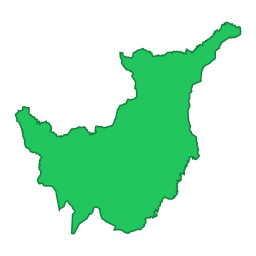 São João d'Aliança, Goiás, Brazil (Albers equal-area conic projection)
{"feature_id": "56859067B77491751884475", "entity_name": "São João d'Aliança", "entity_type": "district", "adm_level": 2, "iso_a3": "BRA", "parent_name": "Brazil", "parent_adm1": "Goiás", "projection": "albers", "projection_center": [-47.424, -14.432], "detail": "fine", "context": "isolated", "style": "filled", "palette": "green", "viewbox_px": 256, "rotation_deg": 0, "n_neighbors": 0, "source": "geoboundaries", "source_scale": "gbopen_adm2", "svg_char_len": 5802}
<svg xmlns="http://www.w3.org/2000/svg" viewBox="0 0 256 256"><path d="M114.1,230.0L118.4,229.5L121.9,230.2L123.9,231.8L126.8,233.1L128.4,233.1L131.2,231.3L133.6,231.0L136.1,229.8L138.3,229.4L140.8,229.5L141.9,227.7L144.4,226.0L144.2,224.5L145.3,223.6L145.7,222.7L145.7,220.2L145.0,219.0L146.0,218.8L146.5,217.9L149.0,217.5L149.9,218.1L150.9,216.4L151.7,216.7L152.8,217.9L153.9,217.5L153.9,215.4L155.7,216.6L156.4,216.3L157.0,215.2L155.7,213.5L154.3,212.9L154.0,212.1L155.9,210.8L155.1,210.4L155.5,209.4L156.4,210.2L156.7,211.7L157.6,212.2L158.0,210.1L158.7,209.0L158.4,208.0L158.6,207.0L160.0,205.8L160.7,203.0L160.4,202.3L162.1,201.6L162.5,199.1L164.2,197.4L165.3,196.9L165.9,197.6L168.9,199.0L172.2,199.0L173.3,198.1L173.5,197.2L174.2,197.7L174.9,196.9L174.4,196.0L175.7,195.7L176.7,194.5L177.3,193.4L176.6,192.9L176.2,191.8L177.8,191.6L177.3,190.6L177.3,188.0L176.7,187.1L177.5,186.6L176.7,183.9L177.5,183.6L177.4,182.7L178.1,181.9L178.9,181.5L177.3,180.6L179.1,180.3L180.4,180.6L181.3,179.4L180.8,178.0L181.2,176.5L180.9,175.2L180.0,175.4L180.2,173.5L181.0,173.9L182.3,173.2L182.7,173.9L183.5,173.7L184.0,174.5L184.4,173.6L183.9,170.9L185.1,168.9L184.7,167.3L185.5,167.5L185.4,166.6L186.5,166.3L187.1,165.5L186.1,164.9L187.2,163.9L187.5,162.9L188.7,162.0L187.6,161.0L189.4,160.0L189.2,157.9L190.5,157.2L191.0,156.6L192.9,156.6L193.5,157.1L192.6,157.9L192.8,158.8L193.6,158.2L194.9,159.3L195.4,158.6L196.0,159.3L199.4,156.1L198.6,154.7L197.7,154.2L197.9,153.3L197.5,151.9L198.5,150.2L197.0,145.4L197.2,142.9L196.7,142.0L196.2,139.4L196.2,136.9L192.3,134.4L191.5,133.3L191.5,132.1L190.6,131.4L189.5,129.5L190.3,126.7L190.2,125.3L189.4,124.1L189.0,121.5L188.3,120.1L188.5,118.9L187.8,111.3L188.8,108.0L189.9,106.4L189.5,105.5L189.5,103.8L188.3,101.3L189.7,98.4L189.5,94.0L190.4,92.6L191.5,91.9L191.8,91.0L191.0,90.2L192.7,84.6L201.1,81.1L200.7,79.1L201.6,71.7L203.6,66.9L205.2,65.5L209.9,63.1L212.1,60.8L214.8,59.0L215.4,57.4L215.1,51.5L216.4,50.1L219.3,48.2L219.6,46.5L221.1,43.4L223.2,41.3L224.1,41.1L225.2,39.9L226.3,39.7L228.7,37.5L229.9,37.9L230.4,37.2L231.2,37.7L232.1,37.7L233.6,37.1L234.7,37.6L239.8,34.9L240.3,34.2L240.6,31.5L240.2,27.5L239.3,26.9L238.2,26.9L237.7,28.0L235.3,26.3L234.9,25.3L233.2,25.5L232.4,25.0L232.2,23.9L230.3,24.3L228.4,22.8L226.2,22.3L225.4,24.3L224.4,23.3L224.1,24.9L222.4,24.6L221.9,25.2L221.2,28.1L219.9,29.6L219.5,30.8L218.8,30.6L218.2,31.2L217.0,30.0L215.1,31.2L214.5,31.9L215.0,32.9L213.4,33.7L213.6,34.9L213.1,35.7L210.3,37.6L208.6,39.6L207.6,39.4L206.5,41.0L205.7,40.8L205.6,41.8L203.7,42.1L202.7,42.7L202.9,43.8L202.6,45.0L201.7,45.1L200.6,44.5L198.9,45.2L198.8,46.1L198.1,45.7L196.7,46.5L197.5,47.4L195.6,48.7L196.1,49.2L193.6,50.8L193.6,51.9L191.9,52.8L191.7,51.6L189.5,51.2L186.8,49.3L186.7,50.2L186.0,50.7L186.5,51.3L185.5,52.4L186.0,53.6L184.9,53.6L183.4,52.9L182.7,53.6L182.2,52.6L180.4,51.4L178.6,52.4L177.4,51.3L175.2,51.8L173.6,51.4L171.7,53.1L171.2,52.2L167.6,52.6L163.3,55.9L162.9,55.2L161.7,55.4L161.0,56.1L157.8,55.1L157.2,55.6L157.0,56.4L156.0,55.8L153.1,56.6L152.5,55.9L152.4,54.6L151.5,53.9L151.7,53.2L150.1,52.7L150.5,51.9L146.6,51.1L146.2,50.4L143.9,49.7L143.4,48.9L142.5,48.5L141.5,49.3L137.4,50.4L136.2,51.5L133.9,52.6L133.2,53.4L132.9,56.7L131.5,57.8L130.5,57.9L128.4,57.2L126.3,57.3L123.5,55.9L122.4,54.9L122.5,53.8L123.0,53.2L120.1,52.5L120.3,56.8L122.0,60.8L121.5,62.7L123.0,65.4L125.2,68.0L125.9,69.4L129.0,70.1L130.8,71.7L131.8,71.5L133.3,73.6L133.0,74.5L132.1,75.2L132.0,76.4L134.7,80.3L135.8,83.0L135.1,85.2L135.4,87.2L134.7,88.2L136.6,89.6L136.3,91.0L136.8,92.7L136.6,96.8L135.4,98.1L132.9,99.6L131.3,99.5L130.1,100.0L128.1,99.2L126.4,101.8L126.8,102.7L125.3,104.1L124.2,103.9L122.4,105.0L120.0,105.5L118.4,108.8L117.7,109.2L117.1,112.7L116.6,113.4L116.5,115.6L115.5,118.5L114.8,119.3L114.2,121.6L113.2,124.1L111.6,125.9L110.3,125.9L109.8,126.5L108.7,126.5L104.1,127.9L101.5,126.6L98.5,126.9L97.8,126.2L95.8,126.4L95.1,131.6L96.3,132.1L94.5,133.8L93.3,133.6L92.9,132.9L91.7,133.4L92.1,134.3L90.1,135.0L89.6,134.1L90.1,132.6L87.8,132.0L87.3,130.0L85.8,128.9L85.2,127.3L84.1,126.9L81.5,127.6L78.9,126.9L78.2,127.7L77.2,127.8L75.8,128.8L73.2,128.7L72.2,129.6L71.4,129.1L67.7,134.6L66.8,135.2L66.2,134.6L65.2,134.6L63.5,135.4L62.2,136.7L61.0,136.7L61.0,135.9L59.7,136.6L58.5,136.1L57.0,136.4L56.1,135.7L56.5,134.7L54.0,133.2L53.6,132.3L51.5,132.2L50.8,131.4L50.3,130.5L51.0,130.1L51.4,128.0L50.8,125.9L49.2,124.0L48.9,123.0L47.2,122.8L46.5,122.3L46.3,121.3L44.1,122.5L41.7,122.3L40.5,124.0L39.7,124.4L39.6,121.9L39.1,121.3L37.2,123.5L37.0,121.0L37.5,120.0L36.7,119.2L35.2,119.3L34.7,118.8L34.9,117.9L34.6,117.1L32.5,117.0L32.1,116.0L30.9,115.9L31.0,114.9L29.7,114.5L29.2,113.8L28.9,113.0L29.1,107.9L25.5,107.6L24.9,106.8L22.8,107.1L22.8,109.9L19.7,111.2L18.2,110.6L18.5,112.0L16.1,113.8L15.4,114.8L17.0,118.8L16.8,120.9L18.9,122.2L21.0,126.6L21.7,129.1L22.5,129.5L22.0,130.4L22.9,131.8L22.3,132.6L23.1,133.3L22.9,136.4L23.7,137.2L24.1,139.4L24.8,140.4L24.5,142.6L25.6,146.7L26.5,147.8L27.9,148.0L29.9,149.8L30.3,150.4L30.2,151.5L31.1,151.6L33.0,152.6L34.2,152.1L35.2,152.4L36.3,153.7L37.1,153.4L38.3,153.8L39.4,155.3L40.5,155.6L41.6,157.4L40.0,159.3L40.1,160.3L39.5,160.7L39.9,161.4L39.7,162.4L39.5,163.6L39.0,164.4L39.9,164.6L40.4,165.2L39.0,166.6L39.2,169.3L40.5,170.6L40.8,171.5L40.5,174.6L37.8,179.2L37.7,181.2L39.0,183.7L40.1,183.8L41.3,183.1L42.7,183.5L43.6,185.4L45.5,186.0L48.7,185.8L52.6,186.5L55.9,191.4L59.4,209.9L59.9,208.8L64.0,206.4L65.2,202.6L66.0,201.5L67.5,200.9L69.3,203.8L71.8,206.0L73.0,208.8L74.9,210.5L75.0,212.2L72.6,214.4L71.7,233.5L73.5,233.7L74.5,233.1L79.3,223.8L86.8,218.6L89.3,214.2L91.4,213.8L92.8,211.4L94.1,207.3L95.1,207.0L97.5,207.2L99.7,209.2L100.7,214.9L101.9,218.2L102.5,219.1L103.9,219.7L106.1,221.6L115.1,225.9L115.5,226.9L114.1,230.0Z" fill="#22c55e" stroke="#15803d" stroke-width="1.5"/></svg>